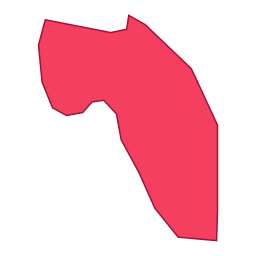 outline of Gjorče Petrov
{"feature_id": "MKD-2948", "entity_name": "Gjorče Petrov", "entity_type": "Municipality", "adm_level": 1, "iso_a3": "MKD", "parent_name": "North Macedonia", "parent_adm1": "", "projection": "equal_earth", "projection_center": [21.302, 42.042], "detail": "fine", "context": "isolated", "style": "filled", "palette": "rose", "viewbox_px": 256, "rotation_deg": 0, "n_neighbors": 0, "source": "natural_earth", "source_scale": "10m", "svg_char_len": 404}
<svg xmlns="http://www.w3.org/2000/svg" viewBox="0 0 256 256"><path d="M110.7,32.6L126.6,29.3L128.8,15.4L145.1,24.6L191.3,68.7L217.5,125.1L217.5,152.9L217.5,166.8L217.5,210.9L216.6,240.6L178.2,237.2L154.9,208.3L138.6,171.8L121.2,139.9L116.5,114.0L103.8,100.3L92.1,101.9L82.8,112.5L66.5,115.5L52.6,107.9L42.1,82.1L38.5,45.2L45.3,19.8L110.7,32.6Z" fill="#f43f5e" stroke="#9f1239" stroke-width="1.5"/></svg>